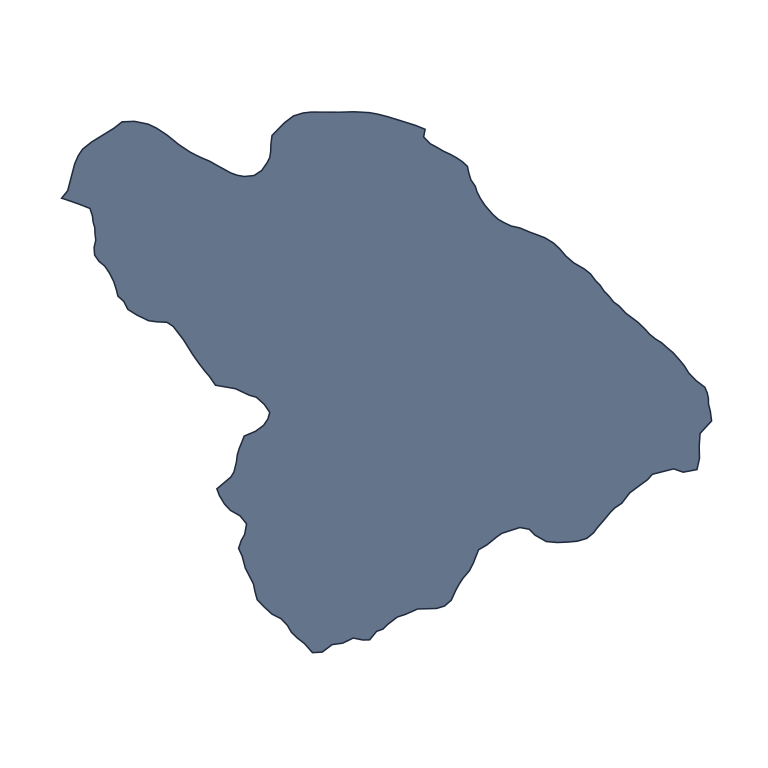 Arealva, São Paulo, Brazil (Natural Earth projection), rotated 272°
{"feature_id": "56859067B4619335794739", "entity_name": "Arealva", "entity_type": "district", "adm_level": 2, "iso_a3": "BRA", "parent_name": "Brazil", "parent_adm1": "São Paulo", "projection": "natural_earth1", "projection_center": [-48.98, -22.076], "detail": "fine", "context": "isolated", "style": "filled", "palette": "slate", "viewbox_px": 768, "rotation_deg": 272, "n_neighbors": 0, "source": "geoboundaries", "source_scale": "gbopen_adm2", "svg_char_len": 2687}
<svg xmlns="http://www.w3.org/2000/svg" viewBox="0 0 768 768"><g transform="rotate(272 384 384)"><path d="M628.5,263.4L619.8,262.6L612.2,262.6L606.4,261.9L601.0,259.4L593.1,254.3L587.8,246.8L586.5,237.1L587.5,230.0L589.6,223.5L596.5,209.8L600.6,201.9L603.5,194.3L606.2,188.0L609.2,181.8L616.1,170.6L625.2,158.5L631.8,147.7L635.5,139.2L637.8,125.4L636.9,113.1L630.3,105.3L615.8,83.5L608.1,74.5L601.6,70.5L593.3,67.2L566.1,61.1L558.5,55.3L553.4,72.0L549.2,84.0L541.9,86.7L535.5,87.7L530.1,89.5L524.5,89.9L517.8,90.9L510.3,89.5L502.7,90.3L496.6,94.9L492.2,100.7L485.5,105.6L477.0,110.3L468.6,113.3L462.5,115.0L457.4,121.1L449.6,125.4L444.2,134.8L439.0,146.6L438.2,154.8L438.1,164.9L434.2,171.3L421.1,182.1L406.7,191.8L398.0,198.4L391.1,204.1L385.3,209.4L376.9,215.6L374.1,235.7L368.1,249.7L366.3,256.9L359.4,265.1L351.6,270.8L345.0,269.2L338.5,265.1L332.3,257.3L327.1,246.1L321.1,244.0L315.0,241.7L308.4,239.9L300.8,239.2L290.9,237.1L285.7,234.2L273.4,220.6L266.7,223.4L258.3,228.9L252.3,235.0L247.2,244.7L239.5,251.5L228.8,250.0L222.7,246.8L214.6,244.4L207.1,248.2L195.2,251.8L185.7,257.1L179.6,260.5L172.4,262.2L164.0,264.8L157.0,272.0L150.0,280.2L145.9,289.2L139.5,295.8L132.5,300.2L127.2,306.1L121.7,313.7L113.0,321.9L113.9,331.6L121.7,341.2L123.5,351.6L129.0,362.1L127.4,371.9L127.8,378.6L136.5,385.2L139.0,391.5L143.8,396.0L151.6,405.5L154.6,413.7L160.3,425.3L161.5,444.4L164.2,452.2L170.3,458.8L180.5,463.0L186.8,466.2L192.7,469.8L200.4,475.9L208.3,479.6L221.6,484.3L226.8,492.5L234.9,501.8L238.8,506.9L241.8,515.1L245.3,524.8L243.9,534.2L238.2,540.2L232.2,551.7L231.6,562.5L232.4,572.9L233.6,582.6L236.7,591.9L242.6,598.7L247.5,602.0L255.9,608.8L264.0,615.0L268.4,619.2L273.1,625.8L283.7,633.3L291.5,643.0L297.6,650.8L303.1,655.3L309.3,676.4L306.3,686.1L309.4,699.8L320.8,701.9L332.5,701.2L345.6,701.6L358.5,712.7L368.2,711.1L375.4,709.0L381.1,708.7L386.6,707.3L392.0,704.7L398.2,695.9L405.5,688.3L413.0,683.3L419.1,677.8L425.5,671.7L430.5,665.2L434.8,660.2L438.6,653.5L443.0,647.7L448.4,642.5L454.4,635.8L459.4,628.7L463.2,623.2L470.0,616.4L474.0,610.6L479.4,606.0L484.6,600.6L490.4,596.4L494.6,591.9L501.2,586.6L506.0,580.1L511.7,569.4L518.1,561.4L525.6,554.5L530.8,548.5L535.6,540.0L538.3,532.3L541.0,524.0L544.7,514.4L546.4,505.4L549.7,497.8L552.6,492.4L557.5,486.6L565.9,478.8L572.9,473.8L579.2,470.3L584.7,468.4L591.1,463.7L598.6,461.2L604.4,459.8L608.8,454.7L612.8,448.3L616.0,441.9L618.7,435.4L622.4,428.6L625.8,421.7L632.3,415.0L640.0,416.2L643.5,406.7L645.6,399.2L651.2,378.6L653.5,368.2L654.7,360.0L654.9,351.0L655.0,344.2L654.1,330.5L653.2,301.5L652.0,293.5L648.7,284.1L641.8,275.6L636.4,270.6L628.5,263.4Z" fill="#64748b" stroke="#1e293b" stroke-width="1.5"/></g></svg>